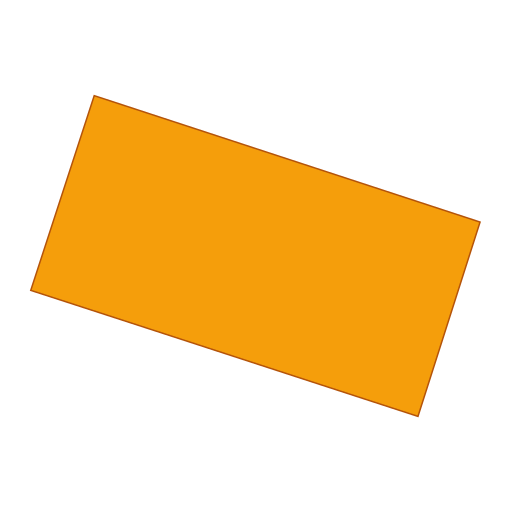 Faulk, South Dakota, United States of America, rotated 18°
{"feature_id": "52423323B83189995296662", "entity_name": "Faulk", "entity_type": "district", "adm_level": 2, "iso_a3": "USA", "parent_name": "United States of America", "parent_adm1": "South Dakota", "projection": "robinson", "projection_center": [-99.132, 45.071], "detail": "fine", "context": "isolated", "style": "filled", "palette": "amber", "viewbox_px": 512, "rotation_deg": 18, "n_neighbors": 0, "source": "geoboundaries", "source_scale": "gbopen_adm2", "svg_char_len": 252}
<svg xmlns="http://www.w3.org/2000/svg" viewBox="0 0 512 512"><g transform="rotate(18 256 256)"><path d="M176.5,358.3L459.6,358.5L458.6,154.5L456.3,154.5L52.6,153.5L52.4,358.3L176.5,358.3Z" fill="#f59e0b" stroke="#b45309" stroke-width="1.5"/></g></svg>